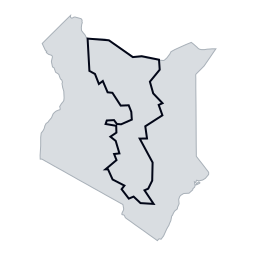 Kenya, with Eastern highlighted
{"feature_id": "KEN-889", "entity_name": "Eastern", "entity_type": "National Capital Area", "adm_level": 1, "iso_a3": "KEN", "parent_name": "Kenya", "parent_adm1": "", "projection": "albers", "projection_center": [37.864, 0.691], "detail": "coarse", "context": "in_parent", "style": "outline", "palette": "ink", "viewbox_px": 256, "rotation_deg": 0, "n_neighbors": 0, "source": "natural_earth", "source_scale": "10m", "svg_char_len": 3278}
<svg xmlns="http://www.w3.org/2000/svg" viewBox="0 0 256 256"><path d="M40.2,159.1L40.1,155.4L40.7,145.8L40.7,137.3L41.2,133.1L43.2,130.5L44.2,128.5L44.9,125.8L46.0,123.6L48.4,121.8L48.9,120.8L51.5,117.8L53.1,113.9L54.3,112.6L55.7,111.4L56.8,110.8L58.5,110.1L59.8,109.8L60.1,109.5L60.2,108.8L59.7,106.4L60.3,105.6L61.2,104.0L62.3,102.6L63.2,101.6L63.8,100.6L64.0,98.9L64.1,97.7L64.0,95.8L63.8,91.3L62.7,87.6L62.0,83.5L62.5,82.1L61.6,79.7L61.2,79.5L60.5,79.0L59.6,76.7L58.9,74.6L58.5,74.1L55.6,72.2L54.1,67.9L52.5,66.9L51.6,62.6L51.4,61.4L52.4,57.1L52.3,56.1L51.3,55.2L48.5,54.3L46.3,52.5L46.6,51.9L46.8,51.2L45.6,50.8L42.2,43.5L46.6,39.1L51.1,34.6L56.8,29.0L62.0,23.8L66.6,19.3L70.6,15.4L70.5,16.1L70.5,17.1L71.0,17.8L71.9,18.2L73.0,17.7L74.0,17.1L75.0,17.0L81.1,18.7L82.1,20.1L82.0,21.7L82.3,22.8L81.8,23.9L81.3,27.4L81.5,30.5L83.3,32.9L84.9,34.7L86.2,37.3L87.1,38.1L88.4,38.5L92.6,38.6L98.8,38.8L104.7,38.9L105.3,39.0L106.5,39.4L112.0,42.8L117.0,46.0L121.2,48.8L125.3,51.5L129.3,54.1L132.5,56.3L135.5,56.9L140.5,57.2L143.9,57.3L147.1,58.2L151.8,59.1L155.4,59.5L157.5,60.0L163.4,60.5L164.4,60.2L167.0,57.8L169.9,53.9L171.0,51.7L174.8,49.6L181.4,46.6L186.1,44.5L191.3,42.4L193.6,44.2L196.9,47.1L198.4,48.6L199.5,49.2L201.3,49.6L203.5,49.6L204.6,49.6L207.0,49.2L212.7,48.8L215.9,48.8L213.2,52.7L210.0,57.4L204.0,66.1L199.5,70.6L196.1,74.0L195.7,74.7L195.8,78.5L195.8,87.8L196.0,106.5L196.1,125.2L196.2,143.8L196.3,153.1L196.3,156.3L199.3,160.2L202.3,164.0L206.2,169.1L208.3,171.8L208.7,172.7L208.6,174.5L205.4,178.3L202.7,180.0L199.2,180.8L198.1,180.7L196.7,180.2L196.2,181.1L195.8,182.5L195.0,182.2L194.4,181.8L194.8,184.3L195.1,185.5L194.6,187.2L192.9,188.7L192.7,189.9L189.0,193.2L183.7,193.5L180.9,195.2L179.7,196.5L178.7,199.4L179.1,203.8L177.6,207.2L177.3,208.9L174.6,211.1L173.4,213.1L172.5,215.2L171.7,216.1L170.8,220.7L169.5,223.5L169.2,224.4L168.9,225.3L167.9,226.9L167.3,228.0L166.8,228.8L163.6,235.9L161.1,239.2L159.1,238.8L157.8,240.0L157.6,240.6L156.9,240.3L155.3,239.1L151.9,236.7L148.5,234.3L145.1,231.8L141.7,229.4L138.3,227.0L134.9,224.6L131.5,222.1L128.1,219.7L126.1,218.3L125.2,217.4L124.5,215.7L124.2,215.3L123.3,214.8L122.2,214.7L121.9,214.4L121.9,213.5L122.3,212.4L123.5,210.1L123.7,208.8L123.4,207.3L123.0,204.9L122.7,204.4L120.5,203.2L115.7,200.5L111.0,197.9L106.3,195.3L101.6,192.6L96.9,190.0L92.2,187.4L87.5,184.7L82.8,182.1L78.1,179.5L73.4,176.8L68.7,174.2L64.0,171.5L59.3,168.9L54.6,166.3L49.9,163.6L45.2,161.0L43.5,160.0L41.9,159.1L40.2,159.1ZM196.7,184.7L195.9,184.9L196.3,183.7L198.7,182.0L199.7,182.4L199.9,182.8L199.8,183.1L199.4,183.4L196.7,184.7Z" fill="#d9dde1" stroke="#a8b0b8" stroke-width="1"/><path d="M87.6,38.6L108.9,40.3L132.8,57.1L141.7,56.2L159.0,59.7L159.7,69.7L149.9,81.7L153.2,93.4L162.5,103.2L158.7,104.9L162.4,115.3L145.3,126.3L147.0,138.5L139.7,138.6L152.6,162.5L152.2,180.6L148.2,188.7L144.5,190.3L153.6,203.9L140.5,203.1L133.6,196.6L128.8,198.6L121.6,189.2L124.4,185.6L112.6,179.5L108.0,169.3L105.5,169.3L116.5,160.1L114.1,154.0L119.4,153.4L115.7,140.9L110.4,136.7L116.4,132.6L116.2,125.8L105.6,124.0L106.8,120.5L114.0,120.1L116.9,124.0L121.1,124.3L131.8,119.6L131.3,111.9L128.7,105.3L120.7,105.6L112.4,92.8L107.6,92.3L102.8,81.0L98.9,84.0L95.0,74.0L89.4,70.9L87.6,38.6Z" fill="none" stroke="#020617" stroke-width="2"/></svg>